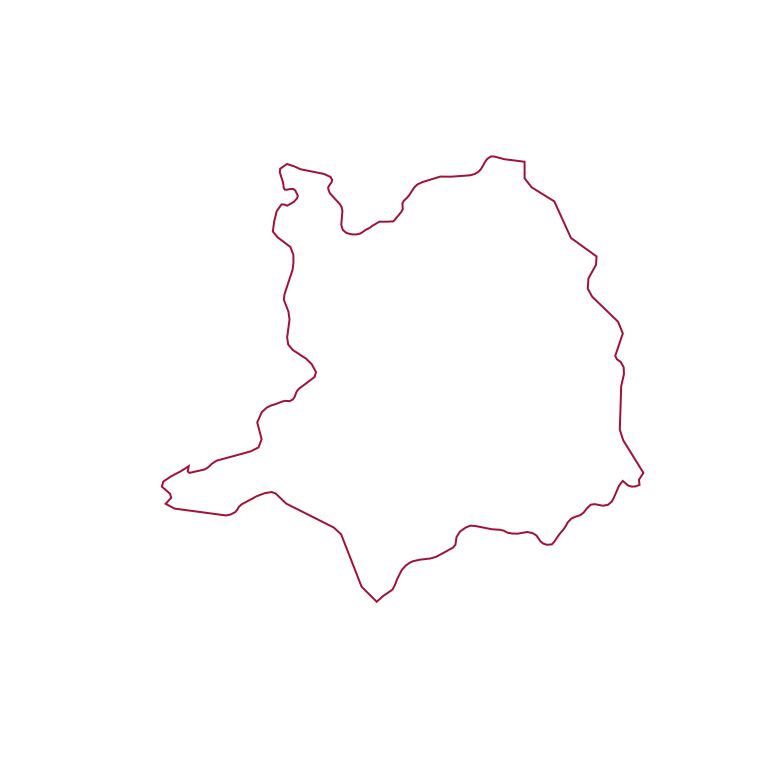 SVG path tracing the border of Ardennes, rotated 233°
{"feature_id": "FRA-5268", "entity_name": "Ardennes", "entity_type": "Metropolitan department", "adm_level": 1, "iso_a3": "FRA", "parent_name": "France", "parent_adm1": "", "projection": "albers", "projection_center": [4.734, 49.698], "detail": "fine", "context": "isolated", "style": "outline", "palette": "rose", "viewbox_px": 768, "rotation_deg": 233, "n_neighbors": 0, "source": "natural_earth", "source_scale": "10m", "svg_char_len": 2686}
<svg xmlns="http://www.w3.org/2000/svg" viewBox="0 0 768 768"><g transform="rotate(233 384 384)"><path d="M419.7,137.5L421.2,145.5L425.1,147.1L435.7,144.8L438.9,149.0L438.4,158.3L436.6,169.3L435.9,178.6L432.2,174.6L430.1,175.1L423.7,189.3L423.3,194.1L423.9,198.5L423.5,204.2L410.4,237.1L408.9,245.6L413.5,253.0L429.7,259.7L435.1,269.5L435.7,276.4L434.8,281.0L433.1,285.5L431.3,292.0L430.1,294.8L427.1,298.3L426.5,301.6L427.2,304.3L430.6,309.8L431.4,313.0L431.4,332.9L434.5,336.9L443.5,338.2L451.2,337.0L466.1,331.6L472.4,331.3L473.3,331.3L479.5,334.7L492.3,347.3L499.2,351.2L511.5,354.7L515.6,358.6L530.3,379.8L535.5,384.8L541.8,389.4L549.7,391.7L565.2,387.3L572.7,387.0L579.9,394.1L586.6,402.3L589.1,410.2L587.5,412.2L584.7,414.0L583.7,421.5L584.6,426.4L586.3,428.5L592.0,429.6L594.5,428.8L596.3,426.1L597.7,423.1L599.0,421.7L601.1,422.0L605.1,424.4L615.8,428.2L618.4,430.6L618.1,438.9L611.5,443.5L605.7,446.6L588.0,462.4L581.5,465.9L578.0,465.4L576.5,463.1L575.7,460.2L574.4,457.5L571.7,456.2L568.7,455.6L553.9,457.0L550.5,456.5L547.2,454.9L536.9,445.7L531.8,443.8L527.2,444.9L522.7,448.5L520.1,451.9L518.5,455.4L518.2,458.0L518.2,460.2L518.1,462.3L517.3,466.7L517.4,469.4L516.4,478.1L511.7,484.2L509.6,487.4L508.4,488.9L508.4,489.8L508.6,491.3L511.1,501.6L512.3,504.2L517.0,507.3L518.3,509.7L518.6,511.7L518.8,514.1L519.5,517.4L522.7,526.2L523.3,530.8L522.1,536.3L515.8,553.7L509.1,562.5L498.7,578.6L497.0,583.3L496.7,586.9L497.2,590.4L498.6,594.0L500.4,597.9L501.6,601.8L501.4,606.4L499.0,609.2L491.1,615.4L476.9,630.0L463.5,620.0L452.1,620.3L427.4,629.9L388.1,621.2L358.0,630.5L351.7,625.2L345.2,610.7L337.5,604.1L328.4,602.8L292.9,608.4L280.7,605.2L267.3,585.6L263.6,584.9L259.3,586.3L253.2,585.5L247.6,581.7L239.5,572.1L205.7,544.9L195.2,541.2L156.9,537.7L154.1,530.0L149.6,527.3L150.9,523.2L152.9,520.1L156.1,517.8L162.9,516.4L161.3,510.4L154.9,499.2L153.0,495.1L152.7,490.4L155.0,485.6L161.3,479.9L163.2,476.4L162.5,470.9L161.2,466.3L161.1,461.9L162.8,456.9L163.8,452.7L162.9,447.4L161.2,443.8L159.9,440.1L158.3,433.0L155.6,425.2L154.9,421.5L157.6,417.3L160.8,415.1L164.3,414.3L171.3,414.6L175.3,413.0L179.5,409.5L184.0,400.7L187.7,396.1L191.2,393.0L194.6,391.5L197.6,389.1L203.0,382.8L215.4,371.7L218.8,367.9L220.2,362.9L220.4,355.8L218.1,349.8L212.7,344.4L211.8,340.8L214.5,322.0L216.7,316.1L222.1,306.9L225.1,300.3L225.8,296.8L225.9,292.0L224.8,286.3L220.3,277.1L217.2,272.3L214.7,267.1L215.2,255.8L214.5,247.1L235.6,244.1L286.9,258.5L289.5,259.3L299.6,257.5L347.4,233.9L361.7,231.6L365.4,229.2L368.6,223.1L371.0,214.7L373.6,197.7L373.2,194.0L372.0,191.4L371.2,188.2L372.1,182.9L374.1,178.7L410.5,141.8L419.7,137.5Z" fill="none" stroke="#9f1239" stroke-width="2"/></g></svg>